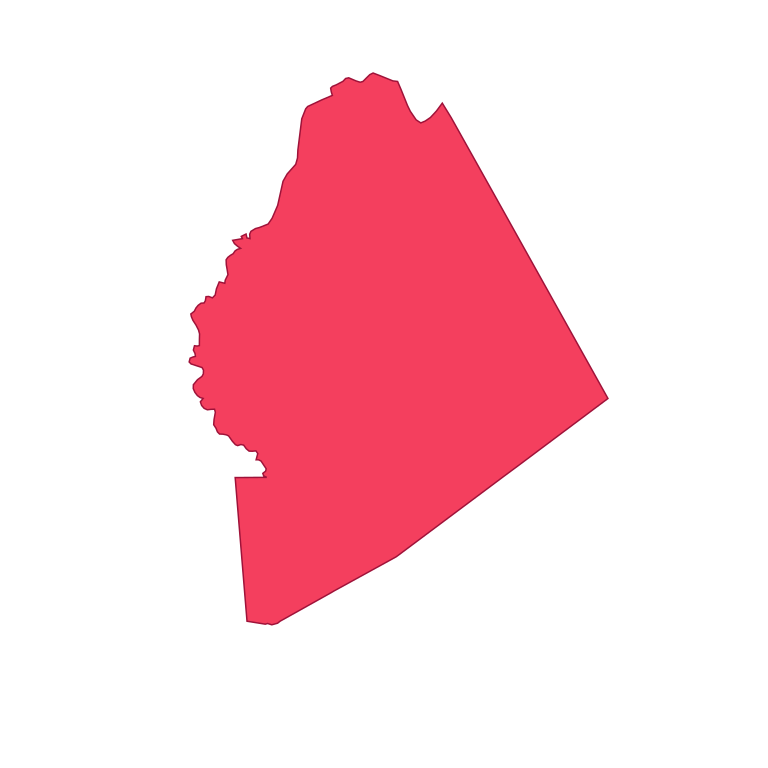 Monte Alegre do Piauí, Piauí, Brazil, rotated 119°
{"feature_id": "56859067B876733905901", "entity_name": "Monte Alegre do Piauí", "entity_type": "district", "adm_level": 2, "iso_a3": "BRA", "parent_name": "Brazil", "parent_adm1": "Piauí", "projection": "albers", "projection_center": [-45.01, -9.577], "detail": "fine", "context": "isolated", "style": "filled", "palette": "rose", "viewbox_px": 768, "rotation_deg": 119, "n_neighbors": 0, "source": "geoboundaries", "source_scale": "gbopen_adm2", "svg_char_len": 1995}
<svg xmlns="http://www.w3.org/2000/svg" viewBox="0 0 768 768"><g transform="rotate(119 384 384)"><path d="M288.1,181.1L169.7,371.7L118.5,454.3L110.1,469.2L119.9,470.5L128.4,472.6L134.0,475.4L137.8,478.4L137.4,483.9L132.8,493.1L129.1,498.4L118.3,511.7L112.8,518.8L114.6,523.2L116.3,537.2L117.3,544.3L120.3,546.4L125.0,547.8L129.6,549.1L131.6,551.1L132.5,555.5L133.3,563.3L135.4,565.7L139.1,566.6L145.5,570.8L148.7,573.4L151.1,574.1L154.0,571.8L156.6,569.1L165.3,575.9L178.3,585.3L181.3,585.9L191.9,584.5L221.0,572.8L228.3,569.2L234.7,567.7L247.2,570.5L255.6,570.6L279.3,563.6L293.3,562.2L300.3,562.9L307.6,568.9L310.4,571.8L315.0,574.4L318.1,574.1L321.8,571.7L322.7,574.7L319.7,577.4L324.1,580.4L325.5,578.3L331.7,586.0L333.7,582.9L334.5,579.0L334.9,575.2L337.3,577.5L339.8,578.8L343.2,579.1L345.9,580.7L349.0,582.0L351.9,582.3L356.2,579.7L359.8,576.8L364.0,573.5L370.1,573.2L373.1,572.1L374.6,577.6L382.0,576.7L388.0,574.8L391.8,575.8L392.4,579.7L393.9,582.0L397.8,580.6L400.4,580.7L402.0,583.2L405.3,584.7L408.5,585.3L412.4,585.2L416.4,586.9L418.5,585.1L421.0,581.9L423.6,577.0L426.7,572.4L429.6,569.6L434.4,567.1L439.9,564.1L441.4,565.8L442.4,568.3L446.7,567.2L449.0,564.0L451.3,562.3L452.9,564.1L455.4,566.1L459.2,565.1L460.0,562.5L457.8,551.1L459.4,548.6L462.8,546.9L465.6,546.9L470.6,549.2L477.0,550.4L480.5,548.6L483.0,545.3L484.6,541.6L485.0,538.3L484.3,535.2L488.6,536.0L491.2,533.1L492.5,529.5L492.2,526.0L490.1,523.1L488.2,520.0L490.5,517.8L497.5,515.4L502.2,513.2L504.2,509.4L506.6,506.5L507.5,503.6L506.0,500.6L504.9,497.2L504.7,494.8L506.3,491.5L507.6,488.8L509.1,484.5L508.8,482.1L506.3,479.8L505.5,477.1L507.4,473.1L508.1,469.5L506.7,466.7L504.6,463.6L506.0,460.7L512.3,459.1L511.1,456.9L511.0,454.2L515.3,445.9L517.7,445.3L520.9,446.7L522.7,444.7L522.5,441.3L538.0,468.8L657.9,388.8L651.6,371.4L649.9,369.7L649.0,365.4L644.8,361.1L641.7,359.8L591.5,328.7L589.1,327.3L529.1,289.5L406.8,234.5L391.0,227.3L288.1,181.1Z" fill="#f43f5e" stroke="#9f1239" stroke-width="1.5"/></g></svg>